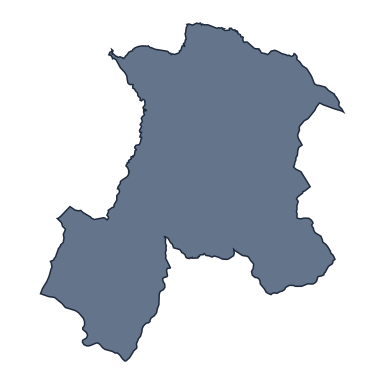 outline of Gámbita, Santander, Colombia
{"feature_id": "7082276B40597769905914", "entity_name": "Gámbita", "entity_type": "district", "adm_level": 2, "iso_a3": "COL", "parent_name": "Colombia", "parent_adm1": "Santander", "projection": "albers", "projection_center": [-73.279, 5.916], "detail": "fine", "context": "isolated", "style": "filled", "palette": "slate", "viewbox_px": 384, "rotation_deg": 0, "n_neighbors": 0, "source": "geoboundaries", "source_scale": "gbopen_adm2", "svg_char_len": 5912}
<svg xmlns="http://www.w3.org/2000/svg" viewBox="0 0 384 384"><path d="M80.8,210.4L78.6,210.8L75.2,210.2L70.0,206.6L60.7,216.3L58.3,218.3L57.3,218.5L61.1,222.3L61.8,223.5L62.4,226.2L65.5,229.3L63.3,234.4L64.0,237.8L63.3,242.4L60.7,244.8L60.1,246.5L58.5,248.5L55.4,257.3L54.5,258.1L53.5,260.1L50.4,261.4L51.3,263.0L52.0,267.5L51.2,268.6L49.1,276.2L47.1,281.0L42.5,288.5L40.5,293.7L48.7,296.6L54.5,297.4L61.9,303.4L65.4,307.5L75.2,310.5L78.7,312.8L83.2,318.1L84.5,321.2L84.6,324.3L84.0,326.4L82.7,327.8L82.8,329.4L86.4,332.5L87.6,335.1L86.8,337.4L85.7,338.6L82.8,340.1L82.6,340.8L82.4,342.1L83.9,344.6L86.6,345.8L88.3,345.9L90.3,345.5L96.1,343.1L97.8,343.0L99.8,344.3L102.7,347.8L105.1,349.4L112.3,351.4L115.3,353.1L117.0,352.9L118.0,353.5L119.6,354.8L122.6,359.0L124.9,361.0L126.1,360.8L129.5,357.8L133.9,350.7L136.5,348.4L136.9,347.1L136.4,344.0L136.8,342.9L138.6,338.5L140.5,336.3L141.9,331.6L142.2,328.6L143.4,326.0L146.1,323.2L148.5,322.8L150.0,321.6L150.0,320.4L151.1,317.9L154.4,315.7L156.6,312.6L157.4,308.5L158.9,304.7L159.2,294.9L159.8,292.2L160.9,291.0L163.5,289.6L164.9,287.3L164.7,284.1L163.1,281.5L162.6,278.8L163.6,277.7L166.9,276.7L167.5,275.8L166.6,270.9L167.0,268.9L167.3,268.4L170.1,268.1L170.4,267.7L165.6,258.1L166.0,256.1L165.3,252.6L166.3,249.9L165.9,248.0L166.4,245.6L165.6,244.1L165.3,241.7L165.7,239.3L164.6,236.7L165.7,236.9L168.1,238.4L170.7,242.8L172.2,244.0L173.6,247.8L180.0,249.6L181.9,252.6L183.1,253.1L185.1,254.8L185.8,257.1L187.2,258.2L188.1,258.1L189.1,258.6L190.4,257.7L191.1,258.1L192.1,257.4L192.3,258.2L192.8,258.2L197.8,258.0L198.3,257.5L198.3,256.5L199.3,256.5L200.2,254.8L203.1,254.8L204.1,253.5L206.1,255.5L209.3,255.9L212.0,257.1L214.4,256.0L219.0,257.4L222.3,259.1L227.0,259.4L228.9,258.8L233.5,255.7L234.3,253.5L233.7,249.4L235.0,250.6L242.4,255.5L247.0,256.2L248.6,257.2L250.3,260.1L253.3,263.6L253.6,264.6L253.1,268.7L251.5,271.5L252.3,275.2L255.1,277.5L257.2,277.7L258.9,278.9L259.9,280.7L260.3,284.0L264.6,289.2L266.0,292.0L267.8,293.3L271.0,294.6L272.5,293.3L273.9,292.9L277.2,293.3L279.8,291.7L282.1,291.2L284.5,289.7L285.7,287.4L289.2,285.4L293.0,285.4L295.6,286.3L301.7,286.3L307.5,283.9L313.0,284.0L315.3,282.6L316.7,281.0L317.7,277.2L318.4,276.5L321.3,276.0L323.9,274.8L324.0,273.3L325.0,272.6L328.5,266.3L332.4,263.7L333.2,260.8L335.0,259.3L333.0,255.1L330.9,253.2L330.3,251.0L327.6,246.6L326.0,244.5L322.7,242.0L322.6,240.7L321.0,236.3L315.1,232.7L313.7,230.2L313.4,228.2L312.0,226.2L311.8,224.7L313.0,223.3L312.8,222.2L311.3,220.1L308.9,218.3L304.0,218.1L300.8,218.9L297.3,218.2L296.9,216.6L297.1,214.0L296.4,211.5L297.0,209.3L296.9,205.9L298.2,201.4L296.5,198.9L297.6,197.0L302.7,193.0L302.9,191.6L304.8,190.9L310.2,186.7L301.0,171.8L295.4,168.9L293.5,166.6L294.4,165.2L294.8,162.6L295.9,159.9L295.9,157.7L297.4,155.3L297.8,150.5L298.6,147.9L299.0,147.2L302.1,145.0L298.3,138.2L297.7,135.5L297.8,134.3L299.5,130.1L299.2,127.9L299.6,126.3L304.3,120.7L308.1,118.6L314.9,110.2L316.3,107.1L319.3,103.2L320.0,103.1L323.3,104.8L334.3,108.8L341.8,111.0L343.5,112.0L341.7,108.8L339.2,106.4L338.7,105.1L339.3,102.4L336.6,97.5L334.6,95.2L334.5,94.2L328.7,90.6L325.3,87.1L319.1,85.4L316.9,85.3L314.4,83.7L311.5,76.3L308.5,71.4L306.6,68.5L302.4,65.8L299.7,61.8L297.3,59.9L296.7,58.8L297.1,57.4L296.8,56.2L295.0,54.1L294.1,53.6L293.5,55.2L292.3,56.2L291.2,56.4L288.9,55.2L287.7,55.6L285.9,54.7L282.0,53.7L276.7,50.9L274.6,50.3L271.1,51.1L269.2,53.4L267.4,54.6L265.7,53.7L261.2,52.8L260.0,50.3L259.2,50.0L259.0,48.9L255.3,48.7L254.0,48.1L247.4,42.2L245.9,41.9L244.7,42.5L244.0,42.3L242.8,40.3L243.2,37.4L242.5,36.8L241.2,37.0L240.4,34.7L238.1,33.8L237.7,32.0L237.0,31.0L236.5,31.6L236.1,30.9L235.3,31.0L235.0,29.9L233.2,30.0L232.0,29.3L231.5,28.3L229.4,28.3L229.2,28.7L229.7,29.6L229.4,30.2L225.0,30.5L223.2,29.4L223.9,28.9L222.8,28.9L222.7,28.1L221.6,27.7L220.4,28.1L218.6,27.7L217.2,28.4L207.9,24.8L204.1,24.8L202.4,24.1L201.5,25.0L200.5,23.1L200.1,23.0L199.7,23.5L198.3,23.6L196.7,23.1L192.6,25.1L189.0,24.0L186.9,24.4L187.6,25.3L186.3,27.4L185.6,32.6L185.1,33.8L186.2,39.1L185.2,40.2L185.1,42.0L183.3,44.0L184.5,45.1L184.7,45.9L184.5,46.3L183.0,45.8L182.0,46.2L180.9,50.2L179.4,51.0L179.7,51.8L179.0,52.8L174.9,54.4L172.4,53.9L171.3,54.5L170.9,53.4L169.1,53.1L168.0,51.6L167.0,51.2L155.2,49.3L151.4,47.7L150.4,47.7L148.3,45.9L147.2,46.3L145.1,45.9L143.7,46.2L142.9,45.8L138.4,46.5L134.7,48.0L134.1,48.8L133.0,49.3L132.1,51.0L130.8,51.2L128.7,52.3L127.2,54.7L125.4,56.2L124.8,57.6L123.3,58.5L122.7,57.8L120.0,56.8L117.9,57.4L117.0,56.4L115.8,56.2L113.2,53.8L112.3,54.1L112.1,53.1L112.9,51.4L112.5,50.7L112.8,50.4L111.7,49.5L112.1,51.2L110.0,52.2L108.8,54.8L110.9,55.5L112.3,57.5L112.5,58.8L114.1,58.4L116.1,59.8L120.4,67.8L124.9,72.6L126.7,75.8L127.8,82.8L129.3,84.3L130.5,84.7L132.6,84.4L133.2,84.9L132.6,86.7L132.9,88.3L134.6,89.0L135.4,90.8L137.5,92.9L137.9,95.8L140.3,98.2L140.0,100.2L141.6,100.9L142.7,99.3L144.4,100.1L145.0,101.1L144.6,102.2L145.1,103.5L144.7,105.6L143.4,106.7L143.0,107.7L143.4,108.7L145.8,109.6L146.3,110.4L145.0,111.0L143.7,110.3L143.6,112.2L144.4,114.9L142.2,116.8L141.3,118.3L142.4,121.5L140.4,124.1L140.2,124.8L141.3,125.6L141.5,126.8L139.5,130.4L140.0,132.3L141.5,132.3L139.8,136.9L141.7,137.3L141.8,137.7L141.0,139.0L140.2,142.8L139.3,144.6L136.0,145.3L134.7,147.1L134.8,148.1L136.4,149.5L136.2,150.0L135.1,150.6L134.4,155.2L132.8,156.0L133.0,156.9L131.2,156.7L130.9,157.7L131.3,158.9L128.6,160.5L129.0,162.4L127.3,162.5L127.3,163.5L126.3,165.0L126.0,166.1L127.6,167.5L128.9,170.7L128.6,171.8L129.2,172.0L128.2,175.2L126.9,176.9L121.1,180.7L120.2,182.2L120.4,183.4L117.8,187.3L118.0,188.1L117.5,188.8L118.8,189.2L119.5,191.5L119.2,192.8L116.8,195.6L116.8,200.1L114.0,205.0L114.0,206.4L113.6,207.3L112.4,207.4L108.2,210.3L108.5,211.9L106.9,215.2L108.5,217.2L108.5,218.0L107.4,219.7L106.5,219.6L105.4,218.3L103.7,217.7L94.4,219.5L91.5,218.2L90.6,217.0L82.9,212.5L80.8,210.4Z" fill="#64748b" stroke="#1e293b" stroke-width="1.5"/></svg>